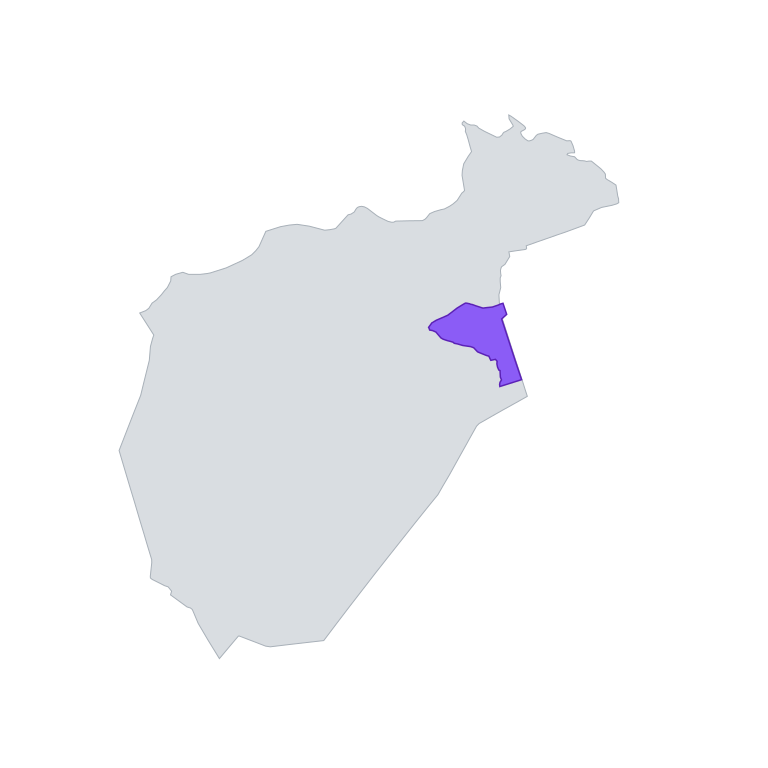 Tassara, Tahoua, Niger shown in context, rotated 162°
{"feature_id": "23599985B43997741220428", "entity_name": "Tassara", "entity_type": "district", "adm_level": 2, "iso_a3": "NER", "parent_name": "Niger", "parent_adm1": "Tahoua", "projection": "orthographic", "projection_center": [5.154, 17.489], "detail": "fine", "context": "in_parent", "style": "filled", "palette": "violet", "viewbox_px": 768, "rotation_deg": 162, "n_neighbors": 0, "source": "geoboundaries", "source_scale": "gbopen_adm2", "svg_char_len": 4001}
<svg xmlns="http://www.w3.org/2000/svg" viewBox="0 0 768 768"><g transform="rotate(162 384 384)"><path d="M594.4,527.0L587.9,527.4L584.2,528.7L579.6,532.6L574.3,534.3L568.0,537.8L564.0,540.5L560.2,542.7L555.0,547.9L553.4,551.8L548.2,552.7L540.8,552.4L536.0,548.7L525.1,545.1L518.0,543.7L514.7,543.3L498.1,543.2L480.4,545.3L471.4,547.4L469.8,547.8L464.7,550.4L460.5,553.2L449.2,565.7L433.9,565.6L424.9,564.4L417.3,562.7L406.3,557.2L392.9,548.6L387.8,547.5L383.2,546.9L381.6,547.0L365.9,556.0L362.8,555.8L359.1,556.8L356.6,559.0L354.8,560.1L352.9,560.3L350.4,559.9L347.9,558.5L345.5,556.1L338.9,546.5L337.5,544.8L334.7,542.0L330.0,537.5L326.8,535.5L324.8,534.9L322.5,535.3L309.8,531.5L297.0,527.5L294.2,528.0L292.3,528.9L287.8,531.9L282.7,532.4L276.1,532.2L272.5,531.8L266.6,532.8L262.7,533.9L257.7,536.0L251.0,541.5L249.2,542.2L247.6,543.1L245.3,558.3L243.5,562.8L240.1,568.8L233.5,574.5L228.9,578.0L228.8,582.7L228.4,590.4L228.3,595.6L228.6,599.1L227.8,600.7L227.5,602.2L227.7,604.4L228.8,605.5L229.4,606.9L229.0,608.1L226.8,609.4L224.5,605.9L221.5,603.5L218.2,602.4L215.9,600.6L214.8,598.1L210.4,593.3L200.5,583.8L199.4,583.6L197.8,583.2L194.9,584.3L193.2,585.8L192.0,586.4L190.1,586.5L185.3,587.6L181.5,589.1L181.4,590.3L183.1,597.5L182.2,601.3L180.5,599.5L175.1,592.2L171.4,586.8L170.7,585.6L170.2,583.8L170.6,583.0L172.1,582.4L175.6,581.8L176.2,581.2L176.4,579.8L175.9,577.0L174.0,573.3L172.0,570.8L170.9,570.3L168.8,570.2L166.6,570.5L162.3,573.4L160.4,574.0L156.0,573.6L152.1,573.0L149.7,571.4L142.8,565.3L135.1,558.8L131.8,557.9L131.1,557.2L130.6,552.3L130.8,546.5L131.3,545.0L134.5,546.0L138.0,546.5L139.1,545.5L136.4,543.3L132.5,541.2L131.0,537.9L129.9,536.8L128.1,535.7L126.1,535.0L124.1,534.1L122.7,533.1L120.4,532.7L117.9,531.9L114.5,526.7L111.2,521.6L109.3,517.6L108.6,515.2L109.7,511.2L108.7,509.6L105.0,505.4L101.9,501.5L102.8,495.6L103.6,490.7L103.7,487.6L104.2,485.9L104.7,483.9L106.8,483.4L112.1,483.5L122.5,484.7L130.9,483.9L131.4,483.7L137.3,478.6L144.0,473.2L153.8,472.8L164.4,472.4L172.7,472.3L184.8,472.0L194.7,471.8L206.0,471.5L206.4,469.0L207.1,468.4L208.2,468.3L216.6,469.8L224.4,471.1L225.0,466.4L232.0,460.4L235.9,459.2L236.8,458.2L238.1,456.2L238.9,453.0L239.2,450.8L240.7,449.0L241.8,445.6L243.2,439.6L247.1,433.4L249.4,424.9L249.7,416.7L250.2,410.5L251.3,409.2L251.3,398.2L251.4,387.1L251.4,377.7L251.4,366.0L251.4,355.7L251.4,344.6L251.5,334.6L251.5,328.0L259.3,326.4L267.4,324.8L279.2,322.5L291.9,319.9L305.8,317.0L309.0,315.3L319.4,305.7L324.1,301.3L333.4,292.7L340.6,286.0L349.7,277.5L359.3,269.0L366.9,262.1L379.0,254.3L397.0,242.5L414.9,230.6L432.8,218.7L450.6,206.8L468.2,194.8L485.8,182.8L503.3,170.7L520.6,158.6L538.8,162.3L556.1,165.8L573.4,169.2L577.6,171.3L587.2,179.1L599.5,189.0L600.0,189.2L600.5,189.2L611.3,182.5L625.4,173.7L630.6,195.2L634.7,213.8L635.7,225.7L636.0,228.8L637.3,230.8L640.2,232.8L652.2,249.4L650.0,252.6L652.0,257.8L655.0,260.0L664.8,269.7L666.1,271.7L665.7,273.3L660.1,285.8L659.2,288.8L658.9,304.4L658.6,315.3L658.3,330.3L657.8,348.3L657.5,363.5L657.0,383.6L656.5,402.6L647.6,413.5L631.9,432.7L618.9,448.4L612.5,458.8L599.9,479.0L594.5,491.9L590.0,498.8L587.8,501.7L590.2,510.9L594.4,527.0Z" fill="#d9dde1" stroke="#a8b0b8" stroke-width="1"/><path d="M291.1,433.6L302.1,429.7L309.0,429.0L314.5,428.5L319.7,427.3L321.0,426.3L324.1,424.1L323.9,422.8L323.9,421.2L321.3,419.8L318.6,417.4L316.8,413.1L315.6,410.2L314.0,408.4L310.4,405.7L308.3,404.4L305.4,402.4L304.6,401.0L301.7,399.4L297.2,396.3L290.1,392.8L287.5,390.8L285.1,385.7L284.0,384.7L277.8,379.5L275.7,378.1L275.1,373.5L270.4,373.0L269.4,370.7L270.4,368.3L270.8,365.0L270.5,361.8L269.5,360.9L271.2,354.6L271.0,351.6L273.1,349.8L274.2,347.8L274.6,345.8L251.8,345.6L252.0,366.0L252.0,409.5L245.8,412.3L245.9,424.0L248.4,424.1L250.8,423.8L257.2,423.7L262.7,424.9L266.4,425.6L267.7,426.5L269.6,427.9L272.4,429.9L275.6,432.4L276.9,433.0L277.7,433.8L279.8,435.0L281.2,435.7L282.1,435.7L283.5,435.4L285.3,435.0L291.1,433.6Z" fill="#8b5cf6" stroke="#5b21b6" stroke-width="1.5"/></g></svg>